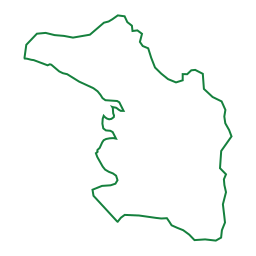 the Department of L'Artibonite
{"feature_id": "HTI-1384", "entity_name": "L'Artibonite", "entity_type": "Department", "adm_level": 1, "iso_a3": "HTI", "parent_name": "Haiti", "parent_adm1": "", "projection": "orthographic", "projection_center": [-72.647, 19.338], "detail": "fine", "context": "isolated", "style": "outline", "palette": "green", "viewbox_px": 256, "rotation_deg": 0, "n_neighbors": 0, "source": "natural_earth", "source_scale": "10m", "svg_char_len": 1643}
<svg xmlns="http://www.w3.org/2000/svg" viewBox="0 0 256 256"><path d="M117.7,221.7L117.1,221.4L93.5,195.8L92.5,189.7L102.0,185.9L110.6,185.3L115.4,183.7L117.5,180.2L116.1,175.7L112.9,173.4L108.8,171.8L105.1,169.6L102.7,166.6L97.3,157.0L95.9,153.2L97.4,152.1L97.6,151.7L97.3,151.2L97.5,149.9L99.7,147.9L102.2,142.4L103.7,140.2L106.1,139.0L109.7,138.3L113.3,138.1L116.0,138.6L112.7,132.1L110.4,130.8L105.9,130.4L103.3,128.4L102.4,123.7L102.7,118.8L103.7,115.8L105.1,117.3L107.0,118.6L109.1,119.3L111.4,118.9L113.8,117.1L114.0,115.4L113.2,113.4L112.8,107.9L112.2,106.9L112.8,107.1L116.0,107.7L117.1,108.4L118.7,109.7L120.8,110.9L123.6,110.9L119.3,102.3L117.1,101.0L105.4,100.2L102.5,98.1L100.5,94.9L97.6,91.3L93.4,88.2L79.1,81.6L67.2,74.2L62.9,73.2L59.2,71.4L51.3,64.7L49.8,64.3L47.6,65.3L33.7,60.1L31.4,59.8L27.0,58.7L24.7,58.5L24.5,57.8L26.3,44.8L36.9,33.7L45.6,32.9L54.6,35.1L63.9,35.9L73.0,37.6L89.9,34.7L103.9,22.7L108.6,21.5L112.3,19.3L117.8,15.4L124.6,16.3L127.3,22.1L131.9,25.7L132.5,31.0L137.4,30.4L142.0,33.8L139.9,41.9L142.7,46.0L148.2,48.3L151.2,57.8L155.0,67.5L161.2,73.6L168.0,79.1L176.0,82.4L182.7,80.3L182.7,74.1L187.2,74.2L191.3,70.3L195.2,69.9L198.5,71.6L202.8,73.8L203.9,88.9L212.6,97.0L221.6,101.4L225.4,109.9L224.3,116.5L225.3,123.3L229.1,130.0L231.5,136.4L221.2,151.0L220.0,168.2L226.0,174.3L223.9,179.3L224.4,185.1L226.0,192.2L222.9,204.3L224.3,216.2L225.0,222.5L221.9,230.2L221.1,237.6L215.8,240.6L205.1,239.4L194.5,240.1L189.2,234.6L183.2,230.2L177.2,227.8L171.6,225.3L169.3,221.7L166.9,218.2L161.3,218.5L156.0,217.9L139.0,215.5L124.7,214.9L120.9,217.7L117.7,221.7Z" fill="none" stroke="#15803d" stroke-width="2"/></svg>